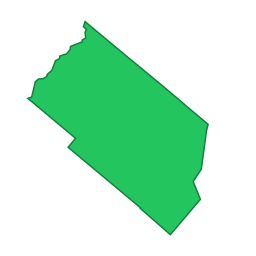 outline of Conejos, Colorado, United States of America, rotated 220°
{"feature_id": "52423323B18722561966541", "entity_name": "Conejos", "entity_type": "district", "adm_level": 2, "iso_a3": "USA", "parent_name": "United States of America", "parent_adm1": "Colorado", "projection": "albers", "projection_center": [-106.024, 37.199], "detail": "fine", "context": "isolated", "style": "filled", "palette": "green", "viewbox_px": 256, "rotation_deg": 220, "n_neighbors": 0, "source": "geoboundaries", "source_scale": "gbopen_adm2", "svg_char_len": 634}
<svg xmlns="http://www.w3.org/2000/svg" viewBox="0 0 256 256"><g transform="rotate(220 128 128)"><path d="M69.0,182.3L97.2,182.3L107.7,182.5L117.2,182.4L117.4,182.4L127.1,182.5L168.4,182.2L170.3,182.1L170.6,182.1L229.3,181.9L227.2,176.9L223.4,176.9L222.2,173.4L218.3,169.8L219.6,166.0L218.4,164.7L224.5,153.5L222.8,151.1L222.8,145.1L226.5,139.4L225.1,137.0L226.8,133.0L223.4,123.1L224.4,117.0L223.3,115.2L224.8,111.0L228.0,108.1L228.7,103.9L221.7,89.8L223.8,86.3L161.6,86.4L161.5,74.7L67.0,74.9L67.0,74.3L27.0,73.5L26.7,119.9L43.7,128.9L45.3,143.4L66.3,176.7L69.0,182.3Z" fill="#22c55e" stroke="#15803d" stroke-width="1.5"/></g></svg>